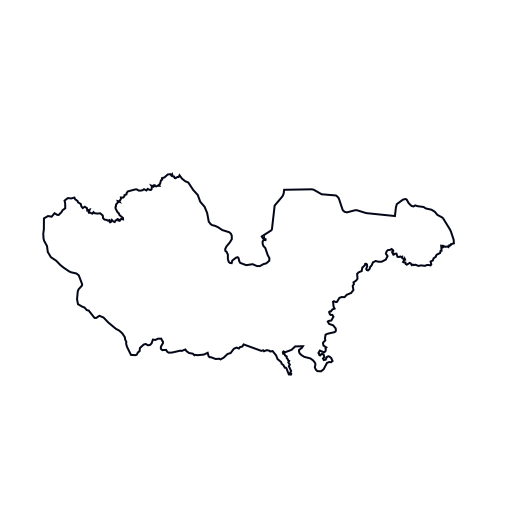 Nong Muang Khai, Phrae, Thailand (Robinson projection), rotated 335°
{"feature_id": "78962969B85613240213831", "entity_name": "Nong Muang Khai", "entity_type": "district", "adm_level": 2, "iso_a3": "THA", "parent_name": "Thailand", "parent_adm1": "Phrae", "projection": "robinson", "projection_center": [100.171, 18.294], "detail": "fine", "context": "isolated", "style": "outline", "palette": "ink", "viewbox_px": 512, "rotation_deg": 335, "n_neighbors": 0, "source": "geoboundaries", "source_scale": "gbopen_adm2", "svg_char_len": 6129}
<svg xmlns="http://www.w3.org/2000/svg" viewBox="0 0 512 512"><g transform="rotate(335 256 256)"><path d="M100.9,292.8L105.0,295.0L106.2,295.0L108.4,293.4L110.2,293.1L112.0,290.3L116.8,288.8L118.8,289.1L120.4,291.3L122.5,291.8L124.5,291.0L127.2,288.2L129.5,289.6L132.3,289.5L135.2,290.9L135.1,293.0L135.5,294.2L134.9,295.6L131.6,297.9L130.7,299.4L130.7,300.5L131.3,301.7L134.8,303.1L135.1,305.3L136.0,306.7L139.0,308.0L147.4,309.8L148.4,310.6L152.5,310.9L152.8,312.9L154.4,315.7L157.4,317.8L158.2,319.9L159.0,319.8L161.1,321.2L167.1,323.3L171.3,323.3L170.7,326.6L171.1,328.1L172.3,328.6L175.9,332.3L179.5,333.7L180.1,334.7L183.7,334.5L188.7,332.8L192.0,333.2L196.8,330.7L199.7,330.8L201.4,332.6L203.0,331.8L205.3,332.3L207.4,330.9L220.7,344.2L222.8,344.6L223.0,345.7L226.0,345.9L228.2,347.6L228.6,348.6L230.8,349.1L232.2,354.4L232.0,358.6L233.9,362.6L233.8,364.6L234.7,366.5L234.9,369.4L235.8,369.8L236.1,370.6L235.7,377.2L237.2,378.1L237.7,378.2L238.2,377.5L237.5,376.4L239.2,375.1L239.2,369.8L240.7,368.8L240.3,366.3L241.7,365.1L241.0,364.3L241.2,363.1L240.7,361.3L241.4,360.1L240.3,358.4L240.4,356.9L239.3,356.0L239.7,355.4L239.7,354.5L240.6,354.1L241.6,355.5L248.5,356.1L253.3,354.5L260.4,357.6L258.8,358.6L255.3,359.4L254.6,360.7L254.4,362.6L255.3,365.0L257.1,367.8L262.0,371.8L263.7,374.9L264.4,378.0L263.8,379.8L262.3,381.6L262.2,384.3L263.0,386.3L266.2,388.0L269.5,387.2L275.1,382.9L277.5,383.0L279.1,384.0L281.0,383.5L281.0,380.2L280.2,378.4L279.1,377.4L277.5,377.5L275.4,379.4L273.5,379.0L273.4,377.2L275.2,376.6L275.6,374.0L274.3,372.5L272.0,373.2L271.5,372.3L271.9,371.5L271.6,370.3L273.9,368.7L276.9,372.1L278.6,371.7L279.7,370.4L280.0,369.0L281.1,368.6L279.3,365.7L279.8,363.5L280.4,362.7L283.1,361.8L283.7,359.8L285.8,356.7L288.0,356.7L295.0,358.2L296.2,358.0L296.9,357.3L297.6,355.3L296.6,351.4L293.6,348.5L293.3,345.8L294.2,345.5L297.0,346.3L300.5,343.8L300.3,341.7L298.7,340.9L298.3,339.7L298.6,337.7L299.5,337.4L300.4,337.9L302.7,336.7L305.0,336.9L304.9,334.8L306.5,330.0L307.5,329.9L309.0,331.6L310.0,331.8L313.9,329.2L316.2,329.4L318.9,330.7L321.8,329.5L326.6,329.7L329.9,328.0L331.0,324.0L332.9,322.8L333.2,321.1L336.3,320.6L338.4,319.5L340.1,314.9L342.1,314.2L345.4,314.3L347.4,311.5L350.9,310.3L351.6,309.3L352.4,309.5L353.0,310.5L352.4,312.4L350.4,314.3L350.5,315.6L351.4,316.4L353.4,315.8L354.7,314.3L356.8,313.4L359.3,311.2L362.3,311.1L364.5,312.9L367.4,314.3L372.1,314.1L375.2,311.7L374.7,308.8L376.2,307.1L377.9,306.4L380.2,307.1L381.9,307.0L382.7,308.9L382.5,309.4L381.9,309.3L381.6,310.2L381.0,310.1L381.0,312.8L381.4,313.0L381.9,312.4L384.3,313.2L383.9,316.5L385.0,317.3L386.7,317.5L387.3,318.5L388.2,318.5L387.7,319.7L388.9,321.9L389.6,321.2L389.6,322.4L388.4,322.4L386.8,323.6L387.6,324.6L388.7,325.1L388.3,326.4L389.0,327.6L392.3,327.2L393.0,327.9L393.4,330.2L394.6,330.1L395.2,331.0L396.7,331.2L399.1,333.7L401.5,334.2L405.1,336.4L406.6,336.3L408.5,337.0L410.2,338.3L411.3,337.7L411.9,334.8L414.4,334.8L415.9,333.2L418.8,332.6L419.4,331.7L420.5,331.2L424.1,331.1L425.5,329.3L426.4,329.6L428.2,325.0L428.7,325.4L428.9,327.1L429.5,327.1L430.1,326.1L431.5,327.7L433.5,328.3L434.1,329.1L434.6,328.5L435.4,328.8L435.8,328.0L437.1,328.4L437.7,327.7L440.7,328.2L442.0,324.8L443.0,316.2L443.0,313.9L441.5,301.0L440.9,299.6L437.7,295.3L436.8,291.6L434.6,288.2L429.9,284.6L428.6,282.4L423.6,279.2L421.6,277.4L419.8,277.7L418.1,276.4L416.7,272.6L416.4,268.5L415.7,267.6L413.0,267.0L405.5,268.5L403.2,271.3L398.8,278.5L374.0,263.7L366.6,257.0L364.7,256.3L356.8,254.9L354.9,253.3L354.0,251.0L355.4,238.7L354.9,236.6L354.0,234.9L341.6,227.8L336.3,220.3L334.7,219.1L309.5,207.9L307.3,211.3L305.2,213.1L294.2,218.2L281.8,238.4L280.8,239.2L269.5,240.7L269.7,242.8L270.2,243.4L271.1,242.9L270.8,244.0L271.8,244.9L271.3,245.6L270.0,244.8L269.2,245.0L268.1,245.7L267.2,247.6L266.9,249.9L267.8,252.7L267.0,259.9L267.2,263.7L266.0,265.9L262.3,267.0L259.3,266.5L255.3,266.8L252.6,265.5L249.5,262.0L243.3,260.2L238.8,255.6L238.6,253.9L239.3,250.5L238.8,249.3L237.1,249.1L232.6,250.1L230.9,252.2L229.4,251.2L228.8,249.8L229.2,246.9L231.1,242.9L231.1,239.8L230.4,238.4L231.0,236.7L233.3,234.8L237.7,232.8L241.2,230.5L242.6,227.4L242.7,225.4L241.9,223.3L236.4,218.2L233.7,213.8L231.7,211.4L229.2,209.4L228.4,208.0L227.7,204.9L229.9,196.4L230.2,189.7L228.4,183.3L229.0,176.0L227.0,169.7L225.7,160.8L223.5,158.4L221.6,154.6L220.8,150.5L219.2,151.7L218.2,151.2L215.9,151.5L215.3,151.0L215.4,149.5L214.8,149.3L214.3,148.4L214.5,146.5L213.3,147.3L213.0,145.7L210.6,144.8L206.1,146.1L203.7,145.7L203.3,147.1L201.8,147.3L199.5,150.1L198.1,150.4L198.2,151.6L196.5,150.8L195.2,150.8L194.0,150.0L194.1,149.0L193.0,148.7L192.3,149.7L190.9,148.1L191.0,149.2L189.6,151.3L188.7,151.7L187.4,151.0L186.2,149.4L184.4,150.3L182.7,148.1L181.0,148.5L178.6,147.8L177.2,147.0L176.1,145.2L174.6,144.6L167.1,143.3L165.5,144.2L164.6,145.4L162.5,145.3L161.7,146.4L160.2,146.9L158.3,145.9L158.1,146.7L156.6,148.0L155.2,148.3L155.3,149.3L153.8,147.8L153.5,149.1L150.9,150.2L149.9,152.0L149.3,152.2L148.8,153.8L149.0,157.6L149.7,159.4L149.6,161.2L151.5,165.3L151.0,166.6L149.4,165.4L147.3,166.5L146.3,165.7L146.9,164.9L146.3,164.1L143.8,164.5L142.3,165.5L141.3,164.5L140.6,162.4L138.9,163.8L138.0,163.8L137.8,163.0L138.3,161.5L136.7,161.4L135.9,160.2L134.1,159.0L133.4,157.3L134.2,154.5L132.8,151.4L130.3,150.6L127.5,148.8L127.3,147.6L125.4,148.4L124.1,146.6L122.9,146.3L122.9,145.4L124.8,143.7L122.3,143.5L123.0,141.1L121.6,139.0L119.2,139.3L118.7,137.2L119.2,134.9L117.4,132.2L117.5,130.7L116.1,128.2L116.1,126.3L113.0,125.8L109.9,124.0L105.9,124.9L105.3,127.6L103.3,132.1L100.0,132.8L98.5,133.9L94.6,135.4L93.2,134.7L91.5,132.1L87.4,134.0L84.4,131.9L79.7,132.3L75.0,142.2L72.6,145.9L70.8,150.4L70.4,152.9L70.8,158.6L69.0,164.4L69.6,170.4L72.9,175.8L74.9,181.6L76.8,185.4L80.1,190.9L81.4,192.5L85.9,196.0L87.2,198.7L86.5,208.1L85.8,209.2L81.2,211.2L79.6,212.6L75.6,219.4L74.3,224.4L77.1,228.5L78.8,230.2L79.8,233.6L81.3,234.7L83.5,243.9L85.0,244.6L88.8,244.0L91.8,247.3L94.1,254.0L98.2,262.7L100.5,265.8L102.1,269.4L102.8,274.3L102.1,276.4L102.2,278.9L101.2,280.7L100.7,283.7L100.9,292.8Z" fill="none" stroke="#020617" stroke-width="2"/></g></svg>